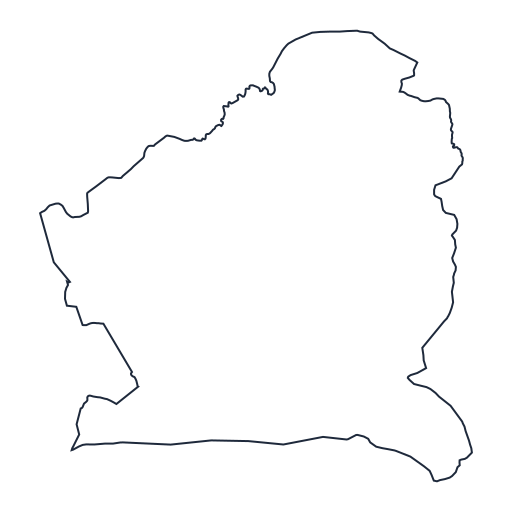 Home, Vientiane, Laos
{"feature_id": "54806243B40513758321567", "entity_name": "Home", "entity_type": "district", "adm_level": 2, "iso_a3": "LAO", "parent_name": "Laos", "parent_adm1": "Vientiane", "projection": "albers", "projection_center": [103.339, 18.699], "detail": "fine", "context": "isolated", "style": "outline", "palette": "slate", "viewbox_px": 512, "rotation_deg": 0, "n_neighbors": 0, "source": "geoboundaries", "source_scale": "gbopen_adm2", "svg_char_len": 5922}
<svg xmlns="http://www.w3.org/2000/svg" viewBox="0 0 512 512"><path d="M40.1,213.2L53.8,262.3L69.9,281.9L68.3,282.6L67.1,281.8L68.0,285.0L66.4,287.9L65.2,291.9L65.0,298.8L66.9,305.7L76.3,306.8L82.6,325.0L83.2,325.1L86.4,325.1L89.3,323.8L90.7,323.3L92.2,323.0L93.7,322.9L95.4,323.0L96.9,323.2L98.6,323.2L100.5,323.5L103.4,323.7L132.0,372.0L131.0,373.4L131.1,374.6L131.8,375.6L133.4,376.7L134.0,376.8L134.6,377.2L135.1,378.1L135.7,379.2L136.4,380.9L137.3,384.5L137.6,386.2L138.2,386.6L116.4,404.0L113.5,402.3L110.7,400.8L107.0,399.1L104.8,398.7L100.1,397.4L97.7,397.2L93.3,396.5L90.5,395.7L89.2,395.6L88.0,396.2L87.3,397.3L87.4,400.1L87.1,400.8L86.1,401.9L84.0,403.6L82.7,406.9L82.1,407.8L80.7,408.5L76.6,424.3L79.2,434.5L73.2,446.5L72.3,448.1L71.7,450.1L73.2,449.6L78.9,446.5L82.7,444.9L86.2,444.4L94.2,444.5L105.0,443.6L113.0,443.6L120.2,442.5L122.9,442.4L170.7,444.6L211.2,440.4L248.4,441.1L283.4,444.5L323.0,436.9L346.6,439.5L348.0,439.2L356.1,435.0L357.5,434.9L363.8,436.5L368.2,438.8L370.2,442.4L376.2,446.7L382.5,448.2L387.7,449.1L394.4,450.4L396.0,450.9L410.4,456.6L424.0,466.3L429.7,470.9L431.6,475.0L433.8,480.6L437.0,481.3L440.0,480.1L444.9,479.1L449.7,477.6L452.1,476.0L455.8,472.1L457.5,467.2L459.7,465.3L459.5,462.4L459.6,460.3L461.2,459.6L464.8,458.9L466.9,457.7L471.9,452.6L471.3,448.2L470.1,444.7L469.0,440.6L465.6,431.0L464.5,426.6L462.8,423.3L462.2,421.6L450.6,405.8L439.0,396.6L435.6,393.0L430.4,389.0L426.5,387.1L420.3,385.6L414.0,384.0L409.5,379.9L407.8,377.9L408.2,376.7L410.6,375.1L417.3,373.0L426.1,368.1L423.7,360.4L423.4,355.2L422.3,347.8L444.1,321.3L447.0,318.3L447.8,316.7L448.1,316.4L449.8,313.0L451.7,307.7L453.1,302.3L451.9,291.8L452.9,286.5L453.8,282.8L453.2,277.0L454.0,274.5L454.1,273.6L455.6,270.4L455.9,266.9L454.9,264.6L453.1,261.5L452.2,258.0L454.0,253.5L455.9,247.7L455.2,244.3L454.9,240.0L453.0,237.1L451.9,235.6L452.3,234.5L456.1,230.6L457.1,227.7L457.4,223.9L456.6,219.2L454.2,214.9L445.8,212.9L443.1,210.0L442.2,206.0L441.6,201.8L441.0,198.9L435.4,196.2L434.7,195.4L434.1,194.3L434.1,189.8L435.5,185.3L445.7,181.4L451.6,178.3L459.3,166.6L462.0,164.4L462.3,163.1L462.3,161.6L462.7,160.7L462.7,159.6L462.8,158.6L462.7,157.6L462.2,156.7L461.6,155.8L461.5,155.2L461.7,154.0L461.5,153.2L460.7,151.9L460.4,150.3L460.1,149.6L459.4,149.0L458.5,148.7L458.1,148.5L457.6,147.7L457.3,147.3L456.7,147.2L456.1,147.2L453.8,147.8L453.4,147.7L453.0,147.1L452.9,146.6L453.0,146.3L453.4,145.9L454.0,145.6L454.2,145.1L454.2,144.3L454.0,144.1L453.4,143.8L451.8,143.4L451.6,142.1L451.7,140.3L451.8,138.9L452.2,138.0L452.0,136.3L452.0,134.8L452.6,132.5L452.5,131.9L451.1,130.4L450.9,129.7L451.0,128.7L452.0,125.8L452.4,124.4L452.3,123.8L451.1,122.0L451.0,121.4L451.2,120.3L451.0,119.4L450.0,117.6L449.9,116.5L450.2,113.5L450.2,112.7L449.9,111.4L449.8,108.7L449.0,105.0L448.3,104.1L446.0,102.0L445.5,100.7L444.9,99.9L444.3,99.5L443.2,98.9L438.4,98.4L436.6,98.4L433.8,99.0L432.5,99.4L430.4,100.6L428.3,101.0L425.5,101.3L423.8,101.2L422.0,100.8L420.3,100.2L418.6,98.6L417.6,97.9L414.6,97.2L410.9,95.9L409.8,95.7L407.5,94.8L406.7,94.1L404.6,92.6L403.4,92.0L402.6,91.8L400.5,91.7L399.7,91.6L401.1,87.7L401.8,85.0L401.9,83.6L401.4,82.2L401.3,80.9L401.6,80.3L402.3,79.6L405.0,78.7L409.3,77.5L413.8,75.7L414.1,75.3L414.1,74.3L414.1,73.1L413.7,70.7L413.9,69.8L417.3,62.5L415.1,60.9L409.3,58.0L404.7,55.5L400.4,53.5L393.5,50.0L389.8,48.4L384.7,43.7L378.1,38.9L374.2,35.5L372.5,33.5L371.1,33.0L368.6,32.4L360.1,31.6L357.1,30.7L346.9,31.1L339.7,31.6L330.1,31.6L320.4,31.9L312.1,32.7L295.6,39.5L288.4,43.6L286.7,45.2L284.2,48.1L281.9,51.2L280.6,53.8L277.7,58.6L273.3,67.2L272.4,68.6L269.9,71.8L269.3,73.8L269.3,75.9L269.8,78.3L270.0,81.0L270.7,82.0L272.0,82.3L273.2,83.1L273.9,84.1L274.6,87.0L274.6,88.1L274.8,89.1L274.8,90.4L274.3,91.9L273.7,93.0L271.2,94.8L270.5,94.6L269.7,94.2L268.4,94.2L268.1,93.9L267.9,93.3L268.1,92.2L268.0,91.2L267.7,90.3L267.3,89.5L266.3,88.8L265.6,88.1L265.4,87.6L265.0,87.4L264.7,87.8L264.5,88.2L264.0,88.5L263.2,88.6L262.8,89.0L262.8,89.7L262.4,90.4L261.8,90.9L260.6,91.3L260.1,91.1L260.0,90.7L259.7,89.3L259.2,88.4L258.5,87.7L256.4,86.7L254.0,85.8L252.9,85.3L250.5,85.4L249.8,85.8L249.4,86.6L249.5,88.0L249.3,88.6L248.9,88.9L246.3,88.6L245.9,88.9L245.6,89.6L245.6,91.6L245.3,93.6L244.9,94.8L244.0,96.5L242.8,96.7L240.4,94.9L239.4,94.5L238.7,94.7L237.9,95.2L237.4,95.8L237.5,96.4L238.1,98.1L238.2,99.3L238.1,99.7L237.3,100.4L232.7,103.0L231.4,103.5L230.7,103.2L230.1,102.4L229.5,102.1L228.9,102.2L228.6,102.6L228.4,104.5L228.5,106.4L228.1,106.7L226.9,106.4L223.8,106.0L223.3,106.6L223.3,107.7L223.9,109.5L224.0,110.9L224.6,112.7L224.7,114.5L224.4,115.5L223.6,117.3L223.6,118.1L223.1,118.9L222.2,118.8L221.6,119.1L221.0,120.0L221.2,121.1L222.7,122.1L222.9,122.7L222.9,123.3L222.8,123.7L222.6,124.3L221.4,126.0L220.9,125.8L220.4,125.3L219.6,124.8L218.9,124.9L218.3,125.0L216.1,126.1L215.3,127.1L214.9,128.3L214.1,129.1L213.0,129.7L212.2,130.8L210.0,133.2L208.6,134.0L207.2,134.0L206.3,134.3L205.8,135.1L205.7,137.3L205.5,138.6L204.8,139.3L204.2,139.2L202.7,138.6L202.2,139.1L201.9,140.0L201.4,140.7L199.5,140.7L196.8,140.3L195.7,139.8L194.9,138.7L194.2,138.4L193.8,138.6L193.5,139.3L192.6,139.8L191.0,139.9L188.0,140.8L186.2,140.9L184.4,140.8L182.1,140.0L179.7,138.9L174.3,136.9L167.4,135.6L166.5,135.8L165.1,136.7L164.2,137.6L155.0,144.5L153.8,145.9L152.7,145.9L151.2,145.8L150.1,145.8L148.6,146.1L147.7,146.9L146.3,148.6L145.0,151.2L144.4,152.9L144.1,155.9L143.8,156.8L143.2,157.9L133.7,166.2L130.9,169.1L122.8,176.0L121.3,177.8L120.2,178.0L118.8,178.1L111.9,177.4L109.4,177.3L108.3,177.4L107.1,178.0L105.2,179.5L96.0,186.5L91.6,189.7L87.5,192.7L87.1,193.7L87.2,196.8L87.8,204.0L88.1,211.2L87.8,212.7L83.3,215.0L81.1,216.3L79.3,216.8L74.8,217.0L73.1,217.4L71.9,217.1L70.5,216.4L67.2,213.7L65.9,212.0L63.7,207.9L62.5,205.9L60.8,204.6L58.7,203.5L57.4,203.5L55.5,203.7L49.6,205.5L47.8,207.2L46.2,209.2L44.4,210.8L41.8,212.0L40.1,213.2Z" fill="none" stroke="#1e293b" stroke-width="2"/></svg>